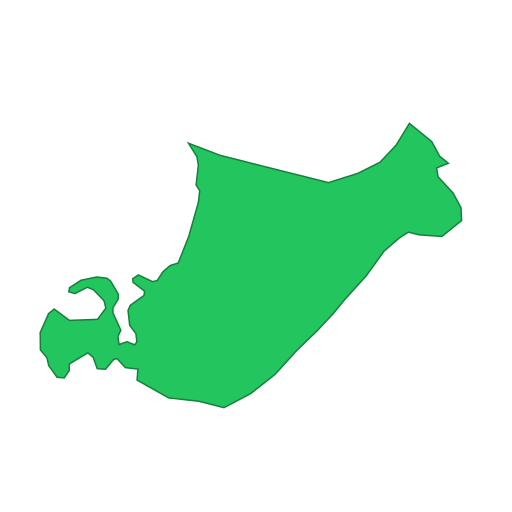 the district of Munchon City, Kangwŏn-do, North Korea, rotated 194°
{"feature_id": "82179303B61369301137013", "entity_name": "Munchon City", "entity_type": "district", "adm_level": 2, "iso_a3": "PRK", "parent_name": "North Korea", "parent_adm1": "Kangwŏn-do", "projection": "equal_earth", "projection_center": [127.347, 39.259], "detail": "fine", "context": "isolated", "style": "filled", "palette": "green", "viewbox_px": 512, "rotation_deg": 194, "n_neighbors": 0, "source": "geoboundaries", "source_scale": "gbopen_adm2", "svg_char_len": 1347}
<svg xmlns="http://www.w3.org/2000/svg" viewBox="0 0 512 512"><g transform="rotate(194 256 256)"><path d="M91.8,392.5L102.0,397.3L113.1,409.5L137.0,420.7L139.2,421.8L146.9,397.4L158.3,377.1L177.1,360.9L203.5,344.7L225.9,344.8L252.1,344.8L285.7,344.9L315.6,345.0L348.8,349.1L337.3,338.0L333.9,330.2L331.3,310.4L326.4,305.7L324.9,294.2L326.0,258.6L329.8,230.4L337.1,225.9L342.5,218.2L345.9,208.3L350.1,206.1L357.3,207.5L365.5,209.2L370.1,204.2L368.9,200.7L355.6,194.9L355.1,190.7L366.1,177.7L367.0,172.2L361.8,158.2L353.7,151.6L350.9,143.9L352.1,140.5L360.5,141.6L367.4,137.0L370.5,144.4L369.2,151.3L381.1,166.3L382.3,171.2L379.2,181.1L380.3,185.6L391.0,196.5L395.3,198.4L405.5,197.1L420.0,190.1L429.2,180.2L429.0,176.0L422.6,175.7L412.1,184.9L405.4,183.9L392.6,175.8L389.1,169.1L394.4,156.2L421.4,148.4L439.0,155.7L443.3,150.0L446.9,129.4L445.8,125.5L442.5,112.7L434.3,106.8L430.5,99.4L419.7,90.2L412.6,91.3L409.5,99.5L411.0,106.1L395.8,121.3L389.5,118.3L382.8,108.3L374.6,109.7L369.1,121.2L366.0,122.8L355.8,116.1L343.2,117.7L341.4,106.8L306.4,97.2L276.5,101.2L250.4,101.1L227.8,121.3L208.9,145.7L193.7,174.0L178.5,198.4L167.2,218.6L159.5,234.9L144.3,263.3L132.9,291.7L121.5,307.9L114.0,316.0L102.8,316.0L80.3,320.0L65.1,340.2L68.8,352.5L79.9,364.7L98.5,376.9L102.1,385.1L91.8,392.5Z" fill="#22c55e" stroke="#15803d" stroke-width="1.5"/></g></svg>